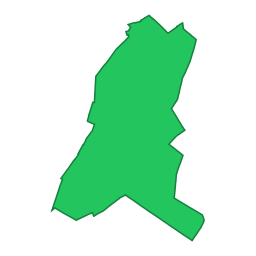 outline of Visina, Dâmbovita, Romania
{"feature_id": "2599482B19033854569240", "entity_name": "Visina", "entity_type": "district", "adm_level": 2, "iso_a3": "ROU", "parent_name": "Romania", "parent_adm1": "Dâmbovita", "projection": "orthographic", "projection_center": [25.353, 44.574], "detail": "fine", "context": "isolated", "style": "filled", "palette": "green", "viewbox_px": 256, "rotation_deg": 0, "n_neighbors": 0, "source": "geoboundaries", "source_scale": "gbopen_adm2", "svg_char_len": 4806}
<svg xmlns="http://www.w3.org/2000/svg" viewBox="0 0 256 256"><path d="M200.3,228.6L200.4,228.4L201.4,226.6L203.2,223.0L203.7,221.9L204.1,220.1L203.3,217.3L202.3,214.9L199.5,213.2L193.7,209.8L184.8,204.5L174.2,198.1L175.0,190.2L175.1,188.9L175.3,187.1L175.5,184.2L175.7,182.1L175.8,182.0L175.9,180.5L176.0,179.2L176.1,178.0L176.2,175.9L176.3,175.1L176.4,174.7L176.5,174.1L176.7,173.4L177.0,172.4L177.1,172.1L177.2,171.7L177.3,171.4L177.6,170.6L177.7,170.3L177.8,169.9L178.3,168.3L178.4,168.1L179.4,165.3L179.8,164.2L180.3,163.1L180.5,162.5L180.9,161.6L181.2,160.7L181.4,160.2L181.7,159.1L181.9,158.4L182.2,157.6L182.7,156.2L183.0,155.4L181.8,154.4L180.1,153.0L179.5,152.5L177.6,151.1L177.2,150.8L176.8,150.4L174.8,148.8L174.3,148.5L174.1,148.3L173.7,147.9L173.4,147.8L172.8,147.2L170.7,145.6L169.9,144.9L169.3,144.5L168.9,144.2L175.6,136.9L175.9,136.7L176.0,136.4L177.0,135.7L178.6,134.5L179.0,134.4L179.8,133.8L181.1,132.8L182.9,131.6L184.3,130.6L184.9,130.2L184.2,129.3L182.6,126.9L182.3,126.5L181.7,125.6L178.9,120.9L178.0,119.6L176.9,117.5L174.8,114.1L172.5,110.4L171.5,108.5L171.9,108.0L172.0,107.8L172.3,107.3L172.5,107.0L172.6,106.9L173.3,105.9L173.5,105.6L173.9,104.8L174.2,104.4L174.7,103.6L174.8,103.6L174.9,103.4L175.0,103.1L176.2,101.4L176.4,101.3L176.8,100.6L177.1,100.0L177.7,98.7L177.9,97.7L178.0,96.7L178.2,95.9L178.4,95.2L178.9,93.9L179.0,93.3L179.3,92.3L179.9,88.8L181.9,81.0L182.0,79.8L182.1,78.8L182.3,78.5L182.3,78.4L183.1,76.8L184.5,74.0L184.8,73.6L185.6,71.7L186.8,68.8L187.5,67.3L189.1,63.6L189.8,61.9L190.0,61.4L190.1,61.2L190.9,58.6L191.3,57.2L191.9,55.2L192.8,52.4L194.4,47.1L194.6,46.2L194.7,45.7L195.0,44.6L195.4,42.8L195.8,41.4L196.2,39.7L195.2,38.7L194.5,38.1L192.7,36.7L191.7,35.9L191.0,35.2L190.3,34.5L189.1,33.6L187.9,32.7L187.7,32.5L185.3,30.5L183.4,28.8L182.9,24.6L182.7,23.2L182.6,22.9L182.4,22.9L180.8,24.0L180.5,24.2L180.4,24.2L179.5,24.8L179.1,25.0L178.0,25.8L177.8,25.9L177.3,26.2L176.8,26.4L176.8,26.6L177.0,27.0L176.8,27.1L176.3,27.4L175.7,27.8L174.5,28.7L170.3,31.6L168.0,33.3L166.1,31.3L163.8,29.0L160.8,26.0L160.1,25.3L157.8,23.1L152.9,18.5L152.8,18.4L152.4,18.6L150.1,16.3L149.2,15.4L148.5,15.7L146.2,17.1L145.6,17.4L144.6,18.0L143.8,18.5L142.9,19.2L142.0,19.6L141.6,19.9L140.9,20.3L140.6,20.5L140.6,20.8L140.9,21.1L140.7,21.3L140.1,21.6L136.7,22.4L134.5,22.8L133.1,23.0L132.0,23.4L130.3,23.9L128.1,24.5L128.8,25.3L128.9,25.5L130.0,26.4L130.4,26.7L130.6,26.9L130.4,27.3L129.7,28.6L129.5,29.1L129.3,29.5L129.0,29.9L128.8,30.6L128.6,30.9L128.3,31.0L126.0,31.5L126.9,34.9L127.3,35.3L128.4,35.0L128.8,36.7L125.1,40.7L123.8,42.0L122.8,42.8L122.7,42.9L118.5,47.1L118.3,47.2L116.1,49.4L115.9,49.8L112.7,54.1L111.2,56.3L108.0,60.8L107.9,60.8L107.4,61.5L106.6,62.6L106.4,62.9L105.6,63.7L105.1,64.2L104.7,64.7L104.4,65.0L104.1,65.3L103.9,65.6L103.5,66.1L102.8,67.0L102.7,67.1L102.2,67.8L101.1,69.2L100.7,69.8L100.2,70.5L99.7,71.1L98.4,73.0L98.1,73.3L97.2,74.5L96.6,75.2L96.2,75.8L95.8,76.4L94.4,102.3L94.4,102.5L92.9,102.2L90.2,110.8L88.8,115.1L88.5,117.1L87.4,120.6L87.7,121.4L94.5,124.4L91.9,131.7L91.5,131.9L90.8,132.5L89.8,134.0L88.1,136.3L86.6,138.3L86.3,139.0L85.8,140.0L85.3,141.3L84.7,142.3L84.2,143.2L83.8,144.6L83.2,144.5L82.4,145.8L81.8,147.0L80.4,149.4L79.4,151.4L78.0,153.9L78.6,154.2L77.3,156.1L76.6,157.1L74.6,159.8L74.4,159.7L73.4,161.0L68.3,168.4L64.9,173.0L60.9,178.5L62.5,179.4L62.3,179.9L62.1,180.2L61.6,181.8L61.1,183.1L60.6,184.3L59.8,186.4L59.8,186.6L59.8,186.8L59.7,186.9L59.5,187.7L59.2,188.3L59.3,188.4L59.0,189.1L59.0,189.3L58.9,189.4L58.9,189.5L58.6,190.2L58.5,190.7L58.0,192.1L57.9,192.3L56.9,195.5L56.7,195.9L56.7,196.0L55.8,198.8L54.9,201.4L53.7,205.1L53.5,205.8L53.2,206.5L52.8,207.7L52.7,208.2L52.1,209.8L51.9,210.5L54.3,208.4L54.9,207.8L56.2,208.7L59.0,210.4L63.6,213.2L70.6,217.0L74.8,219.4L76.4,220.3L76.9,219.8L77.3,219.4L77.5,219.6L88.8,214.2L89.0,214.1L92.2,212.9L92.3,212.8L93.3,214.9L93.8,216.2L94.1,216.1L97.4,214.0L98.8,213.2L100.7,212.2L102.2,211.5L103.3,210.9L104.3,210.0L105.8,208.9L106.5,208.4L108.3,206.8L109.5,205.9L112.0,203.9L112.4,203.7L113.5,202.9L113.9,202.6L117.6,199.7L119.2,198.6L119.6,198.3L119.7,198.0L119.7,197.9L121.4,197.1L122.0,196.8L122.4,196.6L122.9,196.3L124.1,195.7L125.3,194.9L125.3,195.0L130.3,198.4L132.8,200.0L138.9,204.3L139.4,204.7L146.9,209.9L148.9,211.3L149.6,211.8L152.1,213.4L156.0,216.0L158.1,217.4L159.4,218.3L161.1,219.5L162.8,220.7L166.1,222.9L170.8,226.2L172.6,227.4L173.4,228.0L174.4,228.6L176.6,230.1L179.3,232.0L181.6,233.5L184.0,235.2L185.3,236.0L188.9,238.3L192.1,240.6L192.3,240.3L192.7,239.7L193.0,239.3L193.6,238.3L194.1,237.5L194.4,237.0L195.0,236.3L195.2,235.9L195.6,235.5L195.8,235.2L196.3,234.5L196.7,233.8L197.1,233.3L197.5,232.7L197.9,232.1L198.1,231.7L198.7,230.8L199.1,230.1L199.7,229.3L200.3,228.5L200.3,228.6Z" fill="#22c55e" stroke="#15803d" stroke-width="1.5"/></svg>